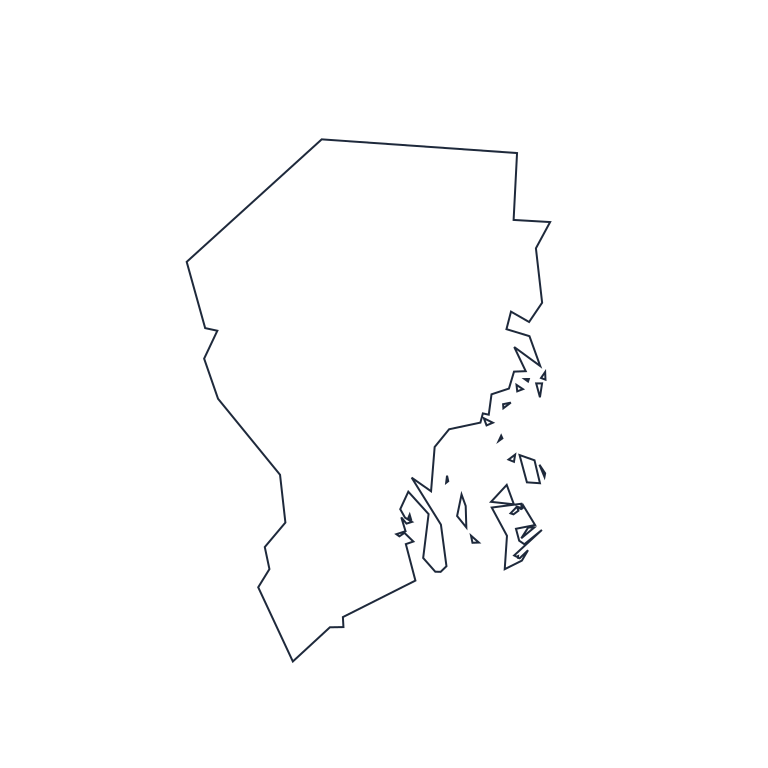 outline of Villarino, Buenos Aires, Argentina, rotated 48°
{"feature_id": "61730980B44606052944654", "entity_name": "Villarino", "entity_type": "district", "adm_level": 2, "iso_a3": "ARG", "parent_name": "Argentina", "parent_adm1": "Buenos Aires", "projection": "natural_earth1", "projection_center": [-62.259, -39.152], "detail": "medium", "context": "isolated", "style": "outline", "palette": "slate", "viewbox_px": 768, "rotation_deg": 48, "n_neighbors": 0, "source": "geoboundaries", "source_scale": "gbopen_adm2", "svg_char_len": 1970}
<svg xmlns="http://www.w3.org/2000/svg" viewBox="0 0 768 768"><g transform="rotate(48 384 384)"><path d="M384.8,180.3L374.8,152.2L348.8,177.9L301.4,130.6L160.5,266.6L161.2,448.9L222.8,479.5L232.9,472.2L244.8,500.7L283.9,517.2L381.9,522.0L421.0,550.0L425.4,581.7L444.9,593.0L450.9,613.5L529.2,637.4L528.6,587.0L537.5,576.8L529.7,570.5L551.1,492.2L517.6,474.9L520.7,467.6L508.3,468.4L507.5,474.5L503.9,475.3L507.8,466.5L494.7,460.4L502.8,460.7L505.2,455.5L497.3,457.8L487.9,455.7L480.3,438.0L510.5,437.9L539.5,471.3L557.8,471.5L561.5,467.6L561.2,459.5L526.6,435.8L472.1,426.1L495.2,420.8L464.7,388.5L461.2,365.9L477.2,338.2L472.0,330.2L476.9,326.7L463.6,311.0L471.0,294.2L461.8,279.1L469.3,270.1L443.7,262.5L475.2,255.9L445.8,243.9L425.2,256.3L415.2,241.2L435.0,234.7L429.4,212.1L384.8,180.3ZM564.8,362.2L547.9,386.6L579.1,394.2L602.4,418.2L607.5,399.7L603.9,388.2L604.3,399.8L602.8,400.8L601.6,399.5L601.1,401.0L598.5,402.0L598.1,364.3L597.0,386.9L590.9,388.4L579.9,382.8L589.9,366.1L567.3,361.8L569.0,364.0L568.7,365.8L564.6,367.5L568.1,368.9L567.5,375.0L564.8,376.5L564.1,367.3L568.4,364.7L564.8,362.2ZM562.1,334.5L541.4,323.2L527.5,330.8L552.7,343.6L562.1,334.5ZM560.3,368.0L541.1,360.3L543.2,383.3L560.3,368.0ZM545.7,418.8L529.3,404.9L518.0,400.3L531.0,418.0L545.7,418.8ZM590.5,385.2L591.2,368.3L587.1,372.8L590.5,385.2ZM565.3,419.6L554.9,420.8L561.2,424.5L565.3,419.6ZM498.2,277.0L489.3,266.1L485.4,270.5L498.2,277.0ZM481.9,311.5L482.7,302.2L478.7,309.0L481.9,311.5ZM528.8,339.5L524.2,333.8L523.5,342.0L528.8,339.5ZM476.3,332.7L483.4,335.5L485.6,329.0L476.3,332.7ZM558.2,324.0L548.0,322.5L560.4,326.9L558.2,324.0ZM484.6,263.3L488.8,261.1L482.9,256.2L484.6,263.3ZM480.8,284.2L473.3,286.1L478.6,289.9L480.8,284.2ZM499.2,401.3L494.3,398.5L499.0,403.9L499.2,401.3ZM498.3,452.4L500.3,456.6L502.7,454.5L498.3,452.4ZM477.2,273.0L474.4,276.2L478.5,275.3L477.2,273.0ZM503.6,332.4L500.8,331.5L503.1,336.9L503.6,332.4Z" fill="none" stroke="#1e293b" stroke-width="2"/></g></svg>